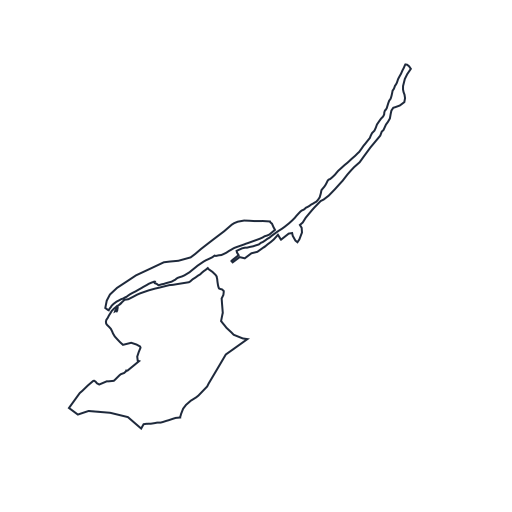 Kum Umbu, Aswan, Egypt, rotated 48°
{"feature_id": "37247803B5042289926655", "entity_name": "Kum Umbu", "entity_type": "district", "adm_level": 2, "iso_a3": "EGY", "parent_name": "Egypt", "parent_adm1": "Aswan", "projection": "natural_earth1", "projection_center": [32.92, 24.62], "detail": "fine", "context": "isolated", "style": "outline", "palette": "slate", "viewbox_px": 512, "rotation_deg": 48, "n_neighbors": 0, "source": "geoboundaries", "source_scale": "gbopen_adm2", "svg_char_len": 5776}
<svg xmlns="http://www.w3.org/2000/svg" viewBox="0 0 512 512"><g transform="rotate(48 256 256)"><path d="M243.8,496.7L254.6,494.5L254.8,494.1L259.1,484.2L274.6,469.6L275.2,469.1L290.0,459.0L307.4,456.8L305.8,452.1L307.3,449.8L310.4,446.2L312.4,443.1L313.7,440.9L316.0,438.3L317.0,436.4L318.5,433.0L319.6,430.8L321.4,426.6L322.6,424.0L325.3,420.4L324.8,420.0L324.3,419.0L323.2,417.3L320.7,412.3L319.9,408.1L319.8,407.6L319.9,401.2L320.2,399.7L320.9,395.7L321.0,395.3L321.2,392.2L320.5,382.5L320.3,379.6L319.0,376.3L318.8,375.6L316.9,369.5L313.8,359.6L312.2,354.5L309.1,344.7L309.0,344.3L311.1,326.0L312.0,318.0L308.4,321.0L299.6,325.3L296.4,325.4L289.6,326.0L286.6,325.8L284.1,325.7L281.0,325.5L278.6,322.3L276.4,319.3L276.1,318.8L272.7,316.2L268.5,313.0L266.2,311.2L264.6,310.0L263.1,306.3L261.1,304.0L260.4,303.4L258.2,303.6L257.9,303.7L256.7,304.6L255.3,305.2L255.0,305.1L253.4,304.4L252.0,303.6L249.4,301.9L248.0,300.9L247.7,300.7L247.4,300.4L245.2,299.2L244.9,298.9L243.6,298.8L243.3,298.7L242.8,298.7L238.6,299.0L233.8,300.1L232.8,299.9L232.7,299.9L232.6,302.8L232.3,304.9L232.2,307.4L232.3,309.8L231.8,312.1L231.5,315.3L230.9,318.7L230.9,321.9L230.6,323.4L228.6,326.5L224.0,333.6L221.8,337.1L219.7,339.8L217.3,344.3L214.6,349.4L212.7,352.8L211.5,355.2L209.8,358.6L206.3,366.9L205.2,370.1L204.0,375.0L202.7,379.8L200.6,383.0L200.7,388.8L200.9,388.7L200.9,389.4L200.5,391.7L200.5,392.7L201.0,392.8L201.9,393.4L202.7,394.5L203.7,395.7L203.9,396.4L203.4,396.4L202.9,396.7L202.9,397.4L202.8,397.8L202.5,397.3L202.4,396.5L202.1,395.5L201.4,394.7L201.0,394.0L200.2,393.6L200.2,394.7L200.1,397.0L200.3,400.0L201.1,402.5L201.8,405.1L202.8,407.7L203.3,409.9L204.4,411.5L206.0,412.6L207.6,412.8L210.4,412.6L213.0,412.6L215.9,413.4L217.8,414.1L221.3,414.8L225.1,414.8L229.2,414.7L232.9,414.3L233.0,414.3L237.0,406.8L241.9,404.0L245.7,402.7L246.9,403.2L248.9,407.4L251.3,411.6L254.6,413.9L255.9,413.2L255.2,428.2L254.3,429.1L254.7,429.6L254.7,432.3L253.4,435.5L253.3,436.9L253.3,437.4L253.6,443.4L253.6,445.2L250.6,449.3L249.3,450.7L246.6,458.5L244.1,459.4L242.0,459.3L240.3,459.8L239.9,460.7L239.7,467.6L240.0,475.4L239.9,478.6L240.3,480.5L243.8,496.7ZM240.6,222.8L239.7,222.5L239.3,222.9L234.6,227.5L229.0,233.8L225.2,237.5L221.7,241.1L218.3,246.6L217.0,250.2L216.5,253.0L216.3,263.1L215.2,276.0L214.6,283.8L214.0,292.1L213.8,299.9L213.3,305.5L207.6,316.9L202.5,323.7L199.0,328.7L195.0,342.0L190.1,358.1L188.6,368.2L186.7,380.6L186.9,390.3L189.3,396.8L191.7,400.0L193.8,402.8L197.1,402.1L197.8,401.8L197.5,401.2L197.1,399.7L196.8,397.8L196.4,396.7L196.3,395.0L196.3,393.5L196.5,391.6L196.6,390.2L197.0,388.7L197.4,387.2L197.9,385.0L198.7,383.3L199.0,381.7L199.3,380.5L199.4,380.2L199.7,379.7L199.8,378.0L200.1,375.6L200.5,373.7L201.0,371.7L201.7,369.3L202.5,365.5L203.1,362.9L203.2,362.5L203.5,360.7L204.5,356.5L204.9,354.3L206.0,351.1L206.7,349.5L206.9,348.8L207.4,348.4L207.7,349.2L208.2,349.4L209.0,349.2L209.8,348.6L210.5,348.4L211.4,348.2L212.3,348.1L213.0,347.0L214.1,344.7L215.1,343.1L216.0,341.0L218.6,335.9L219.1,333.7L219.6,331.8L219.6,330.2L219.9,328.7L220.6,327.0L221.7,324.6L222.5,322.1L223.6,316.3L223.7,313.7L224.0,308.3L224.1,305.9L224.8,300.8L225.1,298.6L225.7,295.9L226.3,294.1L227.1,291.4L227.7,289.3L228.0,286.5L228.6,286.2L229.4,285.3L230.5,283.3L232.1,281.1L232.8,279.0L233.3,277.3L233.7,275.9L234.2,272.5L234.6,270.9L235.0,268.9L235.3,267.4L235.8,265.9L236.6,263.9L238.3,259.9L239.5,257.0L240.1,255.3L241.0,253.3L243.1,248.1L244.9,243.7L245.8,241.4L246.7,238.6L247.1,236.4L248.2,234.1L249.0,231.7L249.2,226.6L249.3,224.4L246.3,223.7L242.7,222.5L240.6,222.8ZM213.6,16.8L213.9,17.7L215.1,20.3L216.1,23.0L217.6,26.3L218.5,29.0L219.1,30.7L219.7,32.2L220.8,34.1L221.6,35.6L222.2,37.3L222.5,38.8L223.4,40.4L224.1,41.9L224.5,43.8L226.0,45.8L227.5,47.9L228.2,49.0L229.2,50.7L229.7,53.1L230.9,55.4L232.4,57.9L233.6,59.9L234.2,61.8L234.1,62.7L235.1,64.5L236.6,66.1L237.0,67.2L237.4,68.2L237.6,71.2L238.2,74.0L239.2,78.1L240.8,81.1L242.1,84.1L242.3,87.5L243.3,90.1L244.5,92.5L245.0,95.8L245.7,99.8L246.0,102.2L246.8,105.5L247.7,109.7L247.7,111.6L247.9,115.4L247.8,120.1L247.9,125.6L247.7,129.2L247.7,137.9L248.0,140.2L248.1,140.9L248.4,142.8L248.5,145.2L248.5,147.5L248.4,149.5L247.9,150.7L247.9,152.1L249.1,155.1L249.7,156.8L250.2,158.8L250.6,161.7L250.8,163.1L251.3,163.9L252.3,165.2L253.0,166.2L253.2,166.5L255.0,169.4L255.7,172.1L256.0,174.8L255.5,176.9L255.3,178.3L254.7,180.5L254.5,182.8L254.1,184.7L253.5,186.7L253.6,188.2L253.5,189.5L252.8,191.6L252.7,193.3L252.9,195.9L253.2,199.1L253.6,201.6L253.8,205.2L253.8,209.8L253.6,213.1L253.5,214.9L253.1,218.6L252.5,221.9L252.1,224.8L251.9,227.0L251.8,227.8L251.5,230.7L251.4,233.6L251.1,234.9L250.8,236.4L250.6,238.7L250.5,239.2L250.2,241.4L250.0,242.1L249.5,243.4L249.5,243.5L249.3,246.2L247.9,249.2L246.9,251.6L245.2,254.4L243.8,257.1L242.4,258.7L241.0,261.2L239.6,265.7L239.2,267.0L240.7,267.8L241.7,268.0L243.8,268.4L243.8,268.7L243.7,269.3L243.2,276.2L243.3,277.6L245.1,277.6L245.9,268.9L250.2,265.9L250.9,257.6L253.8,252.2L254.8,243.5L255.0,243.5L255.1,239.6L255.5,235.6L255.6,231.8L255.2,227.8L254.9,225.5L255.6,225.6L260.3,226.5L260.6,226.5L261.2,217.5L261.2,216.8L263.1,213.8L265.6,215.2L270.9,216.4L273.5,216.0L272.7,212.7L269.3,206.1L265.6,203.2L262.3,202.6L262.4,198.9L260.8,193.4L259.4,183.7L259.0,180.0L258.4,171.2L259.3,168.0L259.8,161.6L259.2,152.8L258.1,142.2L258.1,141.7L256.6,133.4L255.9,127.4L255.6,123.7L255.7,116.3L254.2,109.4L251.9,98.3L249.7,83.1L247.7,79.3L247.7,77.0L245.3,71.5L244.6,68.2L243.4,64.5L240.5,60.8L238.5,58.0L237.7,54.8L238.6,52.9L240.4,48.4L240.9,42.8L238.4,39.6L235.5,37.7L233.0,36.7L230.6,35.3L228.1,33.0L224.0,26.9L222.0,21.8L220.7,16.4L220.5,15.7L217.5,15.3L216.7,15.4L216.3,15.5L215.0,15.7L214.6,16.0L213.6,16.8Z" fill="none" stroke="#1e293b" stroke-width="2"/></g></svg>